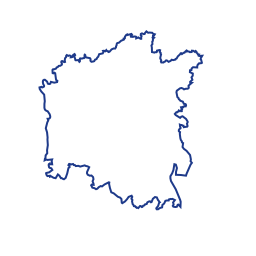 Vavatenina, Analanjirofo, Madagascar (Albers equal-area conic projection), rotated 164°
{"feature_id": "10022922B54073545298219", "entity_name": "Vavatenina", "entity_type": "district", "adm_level": 2, "iso_a3": "MDG", "parent_name": "Madagascar", "parent_adm1": "Analanjirofo", "projection": "albers", "projection_center": [49.007, -17.472], "detail": "fine", "context": "isolated", "style": "outline", "palette": "blue", "viewbox_px": 256, "rotation_deg": 164, "n_neighbors": 0, "source": "geoboundaries", "source_scale": "gbopen_adm2", "svg_char_len": 5817}
<svg xmlns="http://www.w3.org/2000/svg" viewBox="0 0 256 256"><g transform="rotate(164 128 128)"><path d="M207.1,150.4L207.0,146.2L207.9,141.1L208.6,139.1L209.8,133.6L211.9,129.0L212.6,126.0L214.7,124.4L215.6,122.0L216.3,121.4L217.0,119.9L215.3,120.2L214.2,119.5L209.6,118.7L210.4,117.5L210.9,114.0L213.2,114.7L213.1,115.4L214.0,115.1L214.5,114.3L214.7,112.1L214.4,111.4L212.8,110.4L212.3,108.5L216.0,107.1L219.0,107.3L219.3,106.8L219.2,105.1L218.7,104.0L216.2,103.6L216.4,102.7L215.3,102.8L213.3,100.7L211.4,99.7L208.2,102.7L207.1,101.1L206.3,98.3L205.6,98.2L204.8,97.2L203.7,96.4L201.7,97.2L199.0,101.0L196.3,105.9L194.9,106.5L194.8,107.6L195.5,108.7L194.5,109.7L193.8,109.5L193.1,108.7L190.7,108.5L190.3,107.3L189.3,107.0L188.7,105.8L186.1,105.3L184.6,104.1L179.9,104.0L179.1,103.2L177.3,102.2L176.1,101.0L179.4,97.1L179.9,95.9L179.6,94.2L177.9,92.7L176.2,92.4L175.1,90.4L175.3,88.3L176.7,86.6L176.5,83.7L176.7,82.8L178.3,83.6L179.2,83.1L178.7,80.5L176.8,79.4L175.6,78.0L174.2,78.1L172.4,79.2L170.2,79.7L169.1,79.0L166.1,80.2L161.4,81.1L161.0,80.8L161.6,79.5L161.9,75.3L161.8,70.8L159.7,69.1L156.7,64.7L154.8,63.3L153.9,61.6L154.6,57.9L154.2,57.3L151.2,58.2L148.6,59.8L146.4,61.6L143.2,61.9L142.9,60.6L144.2,59.0L143.6,57.6L144.3,56.5L144.5,53.5L144.0,52.7L143.9,51.3L142.6,50.8L142.4,49.9L141.8,49.6L141.7,48.9L140.7,48.7L140.2,48.2L137.9,49.7L137.2,49.4L136.5,48.2L135.9,48.2L134.9,49.1L133.6,49.1L132.7,49.9L131.0,49.8L129.9,51.2L128.1,51.6L127.1,51.5L126.5,50.3L125.8,50.3L123.6,53.1L121.1,54.2L119.4,53.3L119.1,50.8L118.0,48.0L118.4,48.0L120.5,44.8L122.9,43.1L123.0,42.6L122.7,41.9L121.5,41.6L119.4,42.3L117.1,42.3L116.1,44.6L114.1,45.4L112.1,47.7L110.4,47.6L108.9,47.1L108.2,48.1L106.4,48.0L105.9,47.7L104.8,47.6L102.8,45.8L105.2,44.0L105.2,42.0L106.4,40.8L106.1,39.9L104.3,39.0L102.8,38.8L101.4,40.5L100.7,40.5L99.3,37.8L97.7,42.6L97.7,44.6L99.0,56.0L101.3,65.2L101.1,68.0L100.5,70.0L98.1,72.2L95.9,75.1L93.4,80.4L92.1,79.6L92.0,76.0L94.0,72.5L94.8,69.8L90.0,68.2L85.4,66.2L84.2,68.0L77.9,75.6L76.2,76.9L77.0,78.8L76.2,80.5L75.8,84.9L78.0,89.9L80.1,92.7L80.8,94.7L79.2,98.3L79.8,98.8L80.1,99.6L79.9,100.3L80.5,102.0L80.5,103.7L79.8,108.2L79.1,109.7L79.7,110.3L80.0,111.0L79.7,112.0L78.7,112.9L77.8,113.1L77.4,113.5L77.6,114.8L77.2,116.9L76.6,116.4L75.4,116.0L74.9,115.1L74.0,114.9L74.1,113.4L70.7,113.0L70.2,113.5L70.1,116.0L69.1,117.0L68.9,117.7L69.7,120.7L72.3,124.2L73.6,124.2L75.1,123.4L78.6,127.3L79.1,128.6L77.2,129.8L76.6,129.5L75.9,130.0L74.9,129.9L74.4,130.7L74.0,130.2L72.8,130.4L72.4,129.5L71.8,129.4L71.8,129.9L70.9,130.8L71.1,132.3L70.6,132.4L71.3,132.8L71.3,133.3L69.9,133.1L67.6,133.5L66.6,132.9L66.0,133.6L65.9,134.6L66.1,135.1L67.7,135.9L68.0,138.2L70.2,139.8L70.6,141.0L71.2,141.6L71.2,142.8L72.0,144.1L71.6,149.0L70.8,150.4L67.0,151.8L65.5,151.7L63.8,150.3L63.5,149.7L61.5,149.8L59.7,149.3L58.7,149.7L58.3,150.5L58.3,151.7L58.0,152.1L54.3,153.8L55.7,154.4L55.5,155.3L52.8,156.6L53.0,159.2L51.4,160.4L50.7,162.5L53.1,164.6L52.5,166.4L51.1,166.2L50.4,167.7L48.7,168.5L44.8,167.1L44.5,168.2L43.4,169.8L42.7,169.9L41.9,170.6L39.8,170.1L39.0,170.3L38.9,173.4L39.3,174.1L38.8,175.0L36.7,177.0L38.1,177.3L38.7,177.1L40.2,178.0L40.1,178.7L39.6,179.1L40.6,179.6L40.6,180.5L41.4,181.6L41.2,182.5L41.8,183.4L42.8,182.8L43.9,184.2L45.3,184.7L45.9,183.5L47.7,183.9L48.3,184.7L49.3,185.1L50.3,186.4L50.8,186.2L51.0,185.4L52.0,185.6L52.9,184.8L53.8,185.0L55.8,184.2L56.3,185.3L56.8,185.3L57.8,184.4L60.4,183.1L62.1,181.4L63.2,181.3L63.6,180.7L65.9,180.8L67.2,181.6L68.5,180.8L70.7,180.4L72.1,182.3L72.8,182.5L74.2,181.6L75.2,181.6L75.8,181.2L77.9,181.8L78.1,182.7L77.4,183.8L77.8,186.0L77.4,187.1L75.9,189.7L76.3,190.4L75.9,191.3L76.5,192.4L75.7,193.9L76.3,194.3L78.8,194.4L79.2,193.3L79.7,193.0L81.1,193.4L81.8,193.2L84.0,194.4L82.9,198.7L82.7,200.9L81.4,201.9L80.9,204.3L80.1,204.9L79.5,206.7L79.0,207.0L79.3,207.7L78.3,207.8L79.0,208.6L78.6,209.7L77.5,209.7L76.4,210.7L78.0,211.7L78.4,212.8L80.9,213.8L82.4,214.0L83.7,215.8L85.6,214.5L86.1,213.8L87.0,213.9L88.5,215.1L89.7,214.9L90.2,213.6L89.6,212.6L90.2,211.9L90.7,210.1L91.0,210.1L92.4,211.3L93.0,212.2L95.4,211.9L95.0,213.3L95.3,213.7L96.9,214.3L98.1,214.2L100.0,214.9L100.0,215.5L98.4,216.4L98.8,217.5L102.1,217.5L102.8,218.2L103.3,217.6L104.1,217.9L105.8,216.6L106.2,215.3L107.4,215.2L107.2,214.5L107.6,214.1L110.5,213.8L113.2,212.5L114.9,212.6L115.7,211.9L116.2,210.6L117.1,209.7L117.3,208.9L118.5,207.9L119.8,208.4L122.1,208.1L124.6,206.5L125.6,206.3L125.9,206.5L125.9,207.2L127.1,207.9L127.4,208.9L128.7,208.0L129.8,208.9L130.7,209.0L130.5,208.0L131.7,206.7L135.4,206.9L137.0,204.7L138.1,204.2L139.3,202.9L140.8,202.8L142.0,201.6L142.7,201.5L144.8,201.7L145.4,202.4L145.5,203.2L145.0,204.5L145.3,205.6L149.2,207.6L149.0,209.9L149.3,210.4L149.7,210.1L150.2,208.2L151.0,207.3L151.9,207.5L153.2,207.4L154.4,208.0L155.1,208.0L155.9,205.3L156.5,205.0L157.1,207.0L159.6,207.5L159.9,207.9L159.7,209.6L160.1,211.5L158.7,212.6L159.0,213.8L160.5,213.4L161.9,211.6L163.0,211.6L163.5,211.7L163.0,212.4L163.2,213.2L164.4,213.9L165.6,213.8L166.7,215.0L167.5,214.5L168.0,213.2L169.3,212.4L170.2,210.3L170.3,208.9L171.2,208.9L172.6,210.4L173.4,210.5L174.0,209.8L173.8,207.7L174.3,207.0L176.0,206.5L177.5,206.8L178.6,206.0L179.9,205.9L180.7,205.0L182.5,204.8L183.9,205.1L184.6,204.6L185.3,201.6L184.8,201.1L183.4,201.4L182.9,200.7L183.8,194.7L183.8,194.0L182.9,192.8L183.5,191.7L186.4,191.9L189.4,193.6L190.5,192.0L191.7,192.0L192.8,192.7L193.0,194.9L194.5,197.2L195.3,197.5L196.5,197.1L197.2,195.7L197.4,193.8L197.0,191.8L197.3,191.0L198.9,190.6L199.4,190.7L199.8,191.4L201.9,191.4L202.1,189.8L201.3,187.0L199.4,183.2L200.6,176.7L201.7,174.2L202.8,170.4L202.8,168.6L201.9,167.2L200.6,166.2L199.5,162.8L199.5,160.8L199.8,159.8L200.4,159.1L201.3,158.7L202.7,159.0L202.6,157.2L204.0,155.7L207.1,150.4Z" fill="none" stroke="#1e3a8a" stroke-width="2"/></g></svg>